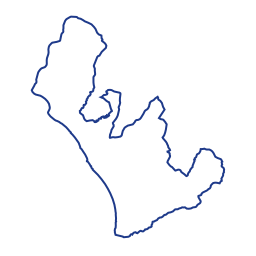 Suai, Cova Lima, East Timor (Albers equal-area conic projection), rotated 92°
{"feature_id": "22284137B60263836524270", "entity_name": "Suai", "entity_type": "district", "adm_level": 2, "iso_a3": "TLS", "parent_name": "East Timor", "parent_adm1": "Cova Lima", "projection": "albers", "projection_center": [125.311, -9.25], "detail": "fine", "context": "isolated", "style": "outline", "palette": "blue", "viewbox_px": 256, "rotation_deg": 92, "n_neighbors": 0, "source": "geoboundaries", "source_scale": "gbopen_adm2", "svg_char_len": 5881}
<svg xmlns="http://www.w3.org/2000/svg" viewBox="0 0 256 256"><g transform="rotate(92 128 128)"><path d="M158.2,32.7L156.4,33.7L155.9,34.2L154.9,37.3L153.7,39.7L150.2,41.6L148.5,42.9L147.5,44.2L146.7,45.9L146.8,48.5L146.5,49.8L146.0,51.0L146.4,52.5L146.5,54.6L148.6,54.9L149.8,55.5L150.9,56.2L151.8,57.9L152.2,58.2L154.7,58.9L156.0,60.3L156.7,60.3L157.1,60.1L157.2,60.6L157.4,60.8L159.0,60.4L159.7,60.8L163.5,62.1L164.8,62.1L165.6,63.0L166.5,63.5L167.2,64.2L169.3,64.8L170.2,65.7L171.6,66.4L173.2,66.7L174.0,67.7L174.0,68.0L172.2,70.1L170.2,73.1L168.5,74.1L168.2,74.5L167.9,75.4L167.9,76.5L168.9,79.1L168.8,79.4L165.5,82.6L165.0,83.7L163.7,85.2L161.0,87.4L159.8,87.2L155.2,85.0L154.3,85.0L153.3,85.4L152.3,85.4L151.8,85.6L151.4,86.0L150.6,87.6L150.1,87.7L149.7,86.5L148.7,85.2L147.9,85.5L146.0,87.0L144.0,87.5L143.1,88.2L142.2,88.4L140.4,89.6L137.0,92.7L136.2,93.1L135.2,92.2L134.7,92.1L133.8,91.5L131.2,90.7L128.3,90.1L123.1,89.5L122.7,89.6L122.2,90.1L121.0,90.8L118.6,92.9L118.3,93.6L118.0,95.7L117.0,97.4L108.3,92.1L105.6,93.7L101.8,95.0L99.7,96.7L98.6,98.5L97.8,98.9L96.8,98.9L95.8,99.5L97.4,101.7L99.2,103.3L100.5,105.7L101.6,106.8L102.3,107.2L102.9,107.0L104.1,107.5L105.3,107.6L107.3,108.4L108.5,109.3L109.8,111.2L110.6,111.9L113.3,113.1L117.5,115.5L118.7,116.5L119.5,118.0L119.8,119.9L120.2,120.4L120.5,120.8L121.8,121.4L124.2,123.3L125.6,128.2L127.2,130.6L127.9,131.4L131.1,133.1L135.7,134.1L136.8,135.2L137.5,138.0L137.9,140.8L137.7,141.7L137.7,143.0L138.4,145.4L138.4,145.7L137.9,145.9L135.3,145.7L132.7,144.8L130.5,144.4L126.9,142.4L125.3,142.5L124.4,143.1L123.4,143.3L119.1,140.2L117.3,139.3L115.8,138.7L109.7,137.5L107.5,138.1L105.3,137.2L103.1,136.7L101.2,137.1L98.6,137.1L94.2,136.7L93.5,136.9L93.0,137.7L92.0,143.1L90.7,145.7L90.5,147.3L90.7,149.2L91.6,150.1L92.1,150.9L92.5,151.0L93.6,150.4L94.0,149.8L94.3,149.8L95.1,150.2L95.7,151.7L95.8,153.1L96.9,154.4L97.8,155.1L98.2,156.1L98.6,155.2L99.0,153.6L101.6,150.5L102.6,148.8L102.9,147.9L103.3,147.7L109.3,145.8L111.4,144.7L111.7,144.7L112.2,145.6L112.8,146.0L114.5,147.7L115.0,147.8L116.0,147.3L116.8,147.9L117.0,148.2L116.9,148.5L116.0,149.2L115.9,149.5L116.5,149.6L117.6,149.4L117.9,149.5L118.1,149.7L117.8,150.2L116.9,150.3L116.8,150.7L117.1,151.0L118.2,150.9L118.5,151.0L118.7,151.8L118.7,152.2L117.3,152.8L117.3,153.3L117.8,153.7L117.9,154.7L118.7,155.5L119.5,155.2L119.7,155.4L119.5,155.9L119.7,157.3L120.0,157.6L121.0,157.7L121.6,157.9L121.4,159.2L121.6,159.6L122.6,159.3L123.1,160.1L123.3,161.1L123.2,161.6L122.8,161.7L122.8,161.1L122.6,161.1L122.4,161.9L121.4,163.6L121.8,166.3L122.6,169.5L122.1,170.3L121.3,171.3L120.2,172.1L116.8,173.4L114.8,176.3L114.5,176.3L114.0,176.6L112.5,176.7L112.0,175.9L110.1,175.1L109.7,174.7L109.7,174.1L109.4,173.5L108.4,173.1L107.0,173.2L106.5,173.0L106.4,171.9L104.8,170.7L104.5,170.6L103.1,171.0L101.8,170.1L101.4,170.3L100.6,170.2L99.9,169.4L98.8,169.3L97.0,167.8L96.9,167.3L95.8,166.6L94.8,166.6L93.7,167.1L93.3,166.8L93.2,165.7L92.7,164.6L92.1,164.1L90.1,163.9L88.7,163.1L88.4,163.1L86.3,163.7L83.7,164.1L78.8,164.3L77.8,164.1L76.5,163.1L75.3,162.7L71.6,163.2L69.9,163.2L67.4,164.3L66.8,164.3L58.1,161.2L57.1,160.3L56.7,159.1L52.8,156.9L48.7,152.9L46.5,152.5L45.0,153.3L43.8,154.4L41.9,157.0L41.4,157.1L40.9,156.6L40.5,156.6L40.1,156.8L39.3,157.5L36.5,157.8L35.5,160.5L33.8,162.2L30.2,163.9L28.2,165.5L25.7,168.1L24.2,171.4L22.9,174.9L21.8,176.6L20.5,179.1L20.0,181.7L19.0,182.8L18.8,183.6L18.7,188.8L19.2,189.9L21.1,192.9L21.8,193.7L23.2,194.6L27.5,196.1L30.7,196.0L31.9,196.2L33.9,196.0L34.5,196.2L35.6,197.2L36.6,197.8L43.0,198.9L43.5,199.6L44.4,202.2L45.4,206.7L46.2,207.6L48.3,209.4L49.9,210.0L52.2,210.3L55.2,210.0L57.0,210.2L61.0,211.4L62.9,211.6L66.8,211.4L67.9,211.6L69.3,212.5L70.1,213.3L71.3,216.3L71.9,217.1L72.8,217.9L74.8,219.3L76.0,219.8L82.9,221.4L84.6,221.1L85.9,221.2L87.5,222.6L88.9,223.1L93.6,225.5L95.3,224.7L97.0,222.9L97.8,221.3L98.8,216.7L99.9,214.6L101.8,211.8L104.2,209.4L106.6,207.8L110.0,206.9L111.0,206.9L112.0,207.1L115.1,208.5L116.0,208.3L116.9,207.8L119.1,205.9L122.4,201.6L123.1,200.3L123.5,198.9L124.5,196.7L125.3,195.7L126.0,194.2L129.4,189.8L131.8,187.5L133.5,186.1L133.7,185.6L134.5,184.9L135.0,185.0L136.5,183.3L139.4,180.7L144.5,176.8L148.3,175.2L149.6,175.0L150.8,173.6L153.8,171.5L156.0,169.9L159.7,167.9L160.7,167.6L161.7,167.5L162.3,167.6L162.4,167.9L162.7,167.9L162.8,167.3L163.4,166.7L165.8,164.9L167.4,164.0L167.5,163.5L168.5,163.3L169.5,162.8L170.2,161.8L170.9,161.8L175.8,156.5L180.2,152.6L184.9,148.9L189.4,146.0L193.8,143.5L199.6,140.8L205.1,138.9L209.6,137.9L212.2,137.5L213.5,137.2L215.2,137.2L218.8,136.8L221.0,136.9L222.0,136.6L222.6,137.0L226.1,136.8L228.2,136.9L229.3,137.5L230.8,137.7L231.8,137.5L232.7,137.5L235.2,136.7L236.7,129.3L237.2,128.8L237.3,128.4L236.7,123.9L235.9,122.4L234.8,121.9L234.1,121.2L234.0,120.6L234.4,120.0L232.9,119.1L232.3,118.3L231.9,116.7L232.6,115.9L232.8,114.9L231.7,113.8L230.6,112.5L230.3,111.6L230.8,110.2L230.8,109.3L229.5,107.7L228.8,107.4L228.4,105.4L227.7,104.4L226.9,103.9L226.3,101.8L225.8,101.1L225.4,100.9L224.2,101.1L223.0,100.4L221.0,100.2L220.7,99.8L220.5,98.5L219.7,97.4L219.3,96.3L218.9,95.7L217.4,94.7L216.4,93.1L216.2,91.6L215.5,90.4L213.6,88.6L213.4,87.2L211.3,84.8L210.8,82.5L209.8,80.2L207.8,78.2L207.6,77.7L207.5,75.5L206.6,74.0L206.1,72.3L205.4,71.1L205.5,70.0L205.3,68.3L206.5,66.5L206.6,64.5L206.2,62.3L205.1,60.3L204.7,58.0L204.3,57.1L202.3,55.8L200.7,53.5L200.1,53.1L199.2,52.8L198.4,52.9L195.0,55.0L194.2,55.3L193.4,55.2L192.5,52.7L192.0,52.3L191.1,52.2L190.1,51.3L189.5,50.4L187.9,47.3L187.1,46.2L186.2,45.5L185.8,44.5L185.3,44.0L184.2,43.4L182.6,43.2L181.4,42.3L180.0,40.9L179.6,39.1L179.6,37.5L180.1,34.5L178.2,33.5L177.9,33.3L177.6,32.5L176.8,32.5L175.4,32.9L172.2,31.3L170.2,31.3L168.7,30.5L168.1,30.7L166.0,30.5L164.6,31.1L163.2,33.0L162.0,33.1L161.3,32.6L159.1,33.2L158.3,33.0L158.2,32.7Z" fill="none" stroke="#1e3a8a" stroke-width="2"/></g></svg>